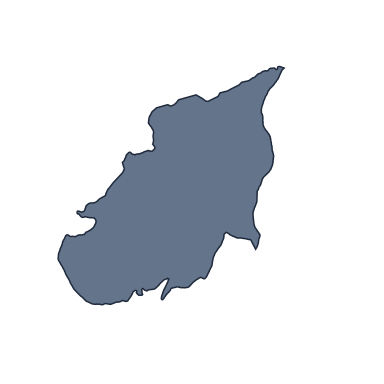 outline of Alvarado, Cartago, Costa Rica, rotated 46°
{"feature_id": "36466004B14644895644866", "entity_name": "Alvarado", "entity_type": "district", "adm_level": 2, "iso_a3": "CRI", "parent_name": "Costa Rica", "parent_adm1": "Cartago", "projection": "mercator", "projection_center": [-83.805, 9.945], "detail": "fine", "context": "isolated", "style": "filled", "palette": "slate", "viewbox_px": 384, "rotation_deg": 46, "n_neighbors": 0, "source": "geoboundaries", "source_scale": "gbopen_adm2", "svg_char_len": 6086}
<svg xmlns="http://www.w3.org/2000/svg" viewBox="0 0 384 384"><g transform="rotate(46 192 192)"><path d="M166.9,39.6L163.6,41.2L162.5,41.9L161.7,42.8L161.8,43.9L162.9,45.1L162.8,45.8L162.1,46.5L160.4,46.5L160.0,46.7L157.5,49.7L157.2,50.9L157.4,53.3L156.5,54.4L155.6,55.1L154.3,57.7L154.2,60.0L153.1,62.0L152.9,62.8L153.0,67.3L152.0,69.4L151.4,73.8L147.6,80.0L147.7,83.8L145.0,92.3L144.0,96.3L140.2,102.9L141.3,107.0L137.9,117.6L136.0,119.0L132.3,119.5L125.0,121.6L116.4,137.5L116.6,139.4L116.9,140.8L116.8,144.4L115.6,147.2L115.1,148.0L113.2,148.4L112.1,149.2L106.8,159.1L106.6,164.9L106.8,166.0L107.7,167.9L107.8,169.2L108.1,169.6L108.4,170.7L108.8,171.1L109.0,171.6L111.7,175.0L112.5,175.6L116.0,176.1L117.1,176.1L118.4,176.6L119.6,176.8L121.0,177.2L121.1,177.4L122.2,177.9L124.5,180.9L126.0,182.2L127.7,183.3L129.1,185.0L130.2,186.7L130.2,187.0L133.9,187.5L134.3,187.9L134.7,188.3L135.0,189.4L135.0,191.8L134.9,192.3L134.0,193.3L133.0,194.0L132.5,194.1L132.2,194.5L131.9,194.5L131.2,195.4L131.1,196.2L130.2,197.7L129.6,199.3L129.6,200.1L128.7,201.6L128.2,203.1L127.5,203.9L127.1,204.3L126.7,205.0L126.0,205.9L125.7,206.7L125.7,207.3L124.2,207.9L123.4,208.7L121.0,208.7L120.2,209.0L119.7,210.1L119.7,212.2L119.9,213.9L121.0,215.6L121.4,217.2L121.9,217.9L122.3,219.0L122.4,221.6L127.6,224.2L128.5,224.8L129.9,228.5L130.6,242.3L131.6,249.0L131.6,250.4L133.3,255.0L133.5,255.2L134.3,256.4L134.3,257.3L134.0,258.9L133.6,259.6L132.7,263.6L132.7,266.8L132.5,268.3L131.7,270.1L129.3,272.8L128.7,274.1L128.4,275.5L128.4,277.9L129.2,279.1L130.0,280.9L130.3,281.1L130.7,282.4L130.7,283.5L130.0,285.2L126.9,286.9L126.3,287.5L126.3,288.1L127.4,289.4L128.5,289.4L129.3,288.6L131.3,288.9L133.1,288.9L133.9,288.6L134.5,288.1L135.7,285.9L139.5,283.4L141.1,281.7L142.7,280.5L144.8,280.5L146.0,281.1L146.9,281.8L147.6,283.0L148.2,285.0L148.4,285.2L149.0,287.1L149.0,289.8L148.6,292.1L148.1,294.3L147.3,296.1L147.4,297.3L147.8,298.6L146.9,300.0L146.9,300.3L146.2,301.4L145.7,301.7L144.2,303.3L143.1,306.9L142.6,307.4L141.1,308.5L139.7,310.2L138.9,310.7L138.3,310.7L136.6,311.1L135.9,311.8L135.8,312.1L135.8,313.3L135.9,313.8L136.8,315.6L137.4,317.9L137.7,318.4L137.7,318.9L138.0,319.7L139.2,321.3L140.3,323.6L141.4,326.5L142.6,328.3L142.6,328.6L143.7,330.9L145.6,333.0L146.1,333.7L147.2,334.8L148.8,335.6L150.5,335.9L153.3,336.7L155.6,337.1L156.9,337.6L159.5,338.2L160.8,338.9L161.6,339.0L163.2,339.8L166.4,340.7L169.0,341.2L171.5,342.0L173.3,342.8L176.2,343.4L179.7,344.4L187.4,344.4L190.0,344.3L191.1,344.0L196.7,344.0L199.9,342.7L201.0,342.4L201.5,342.0L202.6,341.8L203.6,341.2L206.0,339.2L206.5,338.3L206.8,338.2L208.7,336.2L210.0,335.6L210.6,335.0L211.3,333.9L211.7,332.4L212.3,331.7L213.1,330.9L214.1,330.3L215.9,328.9L216.3,328.5L216.3,328.2L216.5,328.1L218.7,322.8L219.7,321.9L220.9,320.1L221.0,319.5L221.6,318.3L222.0,317.0L223.6,316.4L225.2,315.1L225.6,314.1L225.6,313.2L225.3,312.4L224.8,309.3L224.0,306.2L223.0,304.1L223.1,301.8L223.5,301.0L224.2,300.5L225.0,300.5L225.8,302.0L226.1,302.1L229.0,302.1L230.2,301.2L231.5,299.6L231.4,298.6L229.3,297.7L228.8,297.0L227.9,296.5L227.1,295.7L227.1,294.5L227.5,294.3L229.6,294.3L231.6,293.3L232.0,292.8L232.1,291.3L235.0,287.5L235.6,286.4L235.8,286.3L236.0,284.0L236.0,280.1L235.7,279.3L235.7,273.4L237.2,269.5L238.2,269.8L238.2,269.5L238.4,269.2L238.9,269.8L238.9,270.3L239.7,271.4L240.3,273.1L240.7,273.9L240.7,274.3L241.6,276.4L242.7,279.8L243.2,281.0L243.7,281.7L243.9,282.6L245.1,284.5L245.6,285.8L246.7,287.3L247.6,288.3L248.5,288.4L248.8,288.3L249.0,287.9L249.0,286.5L248.8,285.4L248.6,285.1L248.4,284.3L248.4,283.4L248.1,283.0L248.1,281.6L247.9,280.8L247.9,278.0L247.7,277.6L247.7,276.2L247.0,274.6L247.0,273.6L250.0,268.5L250.6,267.9L251.4,267.6L251.6,267.2L252.8,266.7L253.4,266.2L254.4,265.0L255.5,264.2L257.5,261.5L258.0,260.5L258.1,257.8L257.8,256.9L257.8,252.3L258.1,251.5L258.1,250.1L258.8,247.5L258.8,246.6L259.2,245.8L259.2,245.3L259.7,244.9L262.8,243.7L263.2,243.0L263.2,241.1L262.9,239.9L262.2,238.2L262.2,237.8L262.0,237.6L261.5,236.4L261.5,235.9L261.1,235.2L261.1,234.8L260.4,233.6L260.4,233.2L259.7,231.6L259.4,230.3L258.8,228.9L256.4,225.7L256.0,225.5L255.8,224.8L254.4,223.0L253.3,221.0L253.2,220.2L252.1,218.2L251.1,213.3L250.9,213.1L250.9,212.1L250.7,211.8L250.7,210.4L250.4,210.1L250.4,208.3L249.7,207.0L249.5,206.1L248.6,204.5L247.4,201.6L247.2,201.2L246.8,201.0L246.7,200.6L246.4,200.4L246.0,199.6L244.7,198.5L244.7,195.8L244.8,195.4L247.2,194.5L248.6,194.5L250.8,193.8L251.5,193.4L252.0,193.4L252.6,193.0L253.1,192.9L253.7,192.6L253.9,192.2L254.8,192.2L255.2,191.9L256.4,191.5L259.2,188.6L260.7,187.6L263.5,185.4L265.5,184.3L266.9,183.0L267.3,183.0L277.4,186.0L276.6,183.3L275.5,181.0L274.4,179.3L272.2,176.5L271.3,174.4L270.8,173.7L270.2,173.0L269.2,172.6L268.3,172.6L267.2,172.2L265.8,172.2L265.6,172.0L261.5,171.3L260.5,171.0L259.6,170.4L259.3,170.4L257.8,169.5L255.4,167.6L254.9,167.3L254.5,166.9L252.0,165.0L251.8,164.8L250.7,163.9L248.9,162.0L248.9,161.7L248.5,161.3L247.3,158.9L246.9,158.5L246.5,157.2L244.1,152.2L236.6,144.4L236.3,142.5L235.5,141.4L235.0,140.2L234.6,138.0L231.5,132.2L231.4,131.3L231.0,130.6L231.0,122.3L230.5,120.6L230.5,119.6L230.2,119.3L229.4,117.3L229.0,116.7L228.9,116.2L227.3,113.6L226.9,113.4L226.2,112.2L225.8,112.0L224.8,110.5L224.1,110.1L223.8,109.4L223.0,108.4L220.3,106.6L219.4,106.4L218.8,105.7L218.3,105.7L217.9,105.5L214.6,102.7L214.1,102.7L213.9,102.3L213.5,102.3L211.5,100.6L209.5,99.5L208.8,98.8L208.4,98.8L208.2,98.4L206.7,97.5L206.4,97.2L205.5,97.1L205.1,96.8L204.2,96.7L203.9,96.5L202.5,96.4L200.8,96.0L198.4,96.0L197.1,95.6L196.2,95.5L193.3,94.4L192.3,93.6L191.5,92.7L190.8,92.3L190.6,91.9L190.2,91.9L189.2,91.0L188.7,90.2L188.2,90.1L187.8,89.4L187.1,89.0L186.8,88.6L185.8,88.0L184.7,87.6L184.4,87.3L183.5,87.2L182.7,86.8L182.0,85.8L180.9,85.0L179.2,82.5L177.2,78.6L176.0,76.8L175.9,75.9L174.6,73.5L174.1,71.8L174.1,71.3L173.5,69.6L172.3,67.1L172.3,66.2L171.8,64.5L171.8,59.9L171.6,59.0L171.5,57.6L171.1,56.3L171.1,54.9L170.6,53.6L170.6,52.3L170.0,50.6L169.8,49.7L169.3,48.9L167.2,43.4L166.9,43.1L166.9,39.6Z" fill="#64748b" stroke="#1e293b" stroke-width="1.5"/></g></svg>